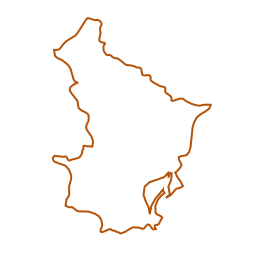 an SVG outline of Fier, rotated 185°
{"feature_id": "ALB-1495", "entity_name": "Fier", "entity_type": "County", "adm_level": 1, "iso_a3": "ALB", "parent_name": "Albania", "parent_adm1": "", "projection": "robinson", "projection_center": [19.627, 40.746], "detail": "fine", "context": "isolated", "style": "outline", "palette": "amber", "viewbox_px": 256, "rotation_deg": 185, "n_neighbors": 0, "source": "natural_earth", "source_scale": "10m", "svg_char_len": 3424}
<svg xmlns="http://www.w3.org/2000/svg" viewBox="0 0 256 256"><g transform="rotate(185 128 128)"><path d="M47.6,158.4L47.5,158.2L48.9,154.3L52.5,151.1L56.8,148.1L60.2,144.8L62.6,139.7L63.7,134.3L64.0,114.8L64.9,109.6L67.3,106.0L72.2,104.7L75.0,103.5L74.3,100.7L72.3,97.6L71.4,95.6L72.6,93.0L74.5,90.3L76.3,88.4L77.0,87.8L74.9,84.0L70.9,79.2L68.2,74.9L70.5,73.1L74.6,71.7L79.8,64.7L84.2,61.7L80.5,65.6L82.7,73.2L80.5,79.8L80.5,86.7L82.5,86.7L83.4,82.0L83.3,83.0L83.7,84.1L84.2,86.7L87.7,82.2L101.8,75.9L106.3,70.9L106.7,62.8L103.9,56.4L100.4,50.5L98.8,44.1L97.9,52.5L94.6,60.0L87.7,69.8L87.5,68.4L86.0,66.4L88.9,63.7L92.0,59.1L93.9,53.1L93.3,46.3L92.0,44.7L87.7,43.1L86.1,41.9L89.0,35.0L89.6,34.5L90.4,33.9L91.2,34.0L92.6,33.4L92.8,32.4L92.5,31.4L91.4,29.7L91.6,29.6L92.2,29.5L93.6,29.2L94.5,29.4L95.5,30.2L97.7,33.0L99.3,33.7L100.4,33.2L101.4,32.0L102.9,29.8L104.1,29.0L105.5,28.8L106.6,29.3L107.7,29.6L111.9,29.7L114.5,29.4L116.7,28.2L121.3,24.7L124.0,23.2L126.0,22.3L126.9,22.5L128.9,23.4L130.9,23.7L131.2,23.9L131.5,24.2L131.9,24.5L134.5,24.5L135.3,24.9L135.8,25.4L137.2,25.7L138.6,25.1L143.3,22.6L144.7,22.0L145.4,22.0L145.9,22.2L146.3,22.6L146.4,23.4L146.4,24.1L145.7,26.5L145.2,28.5L145.4,29.8L145.9,31.9L147.1,34.8L149.3,37.5L153.2,39.6L159.7,41.3L169.3,40.7L172.0,41.2L174.8,43.2L176.7,44.2L178.7,44.1L179.8,43.8L183.4,45.1L183.1,51.4L181.0,55.3L180.8,56.4L181.5,64.2L181.4,65.8L180.3,71.6L180.2,73.3L180.4,75.2L181.1,77.2L183.5,81.7L185.8,83.9L187.4,85.1L198.2,87.9L199.6,89.5L199.9,90.3L200.2,91.6L199.4,93.0L198.8,93.9L190.1,93.6L187.4,94.3L186.1,92.9L184.9,91.1L184.2,90.6L183.6,90.5L180.6,91.9L176.6,93.2L174.6,94.1L173.4,94.9L172.7,96.5L171.5,98.7L171.4,99.6L171.6,100.5L171.7,101.2L170.8,102.8L170.7,103.9L170.9,105.1L170.8,106.2L169.6,106.6L168.3,106.3L162.0,106.4L161.6,109.8L161.7,111.2L162.4,113.7L163.7,116.4L168.8,122.6L169.8,124.9L169.4,128.0L168.1,131.2L168.0,132.3L168.0,133.6L168.2,135.9L168.6,137.5L169.7,138.8L173.2,140.5L175.4,141.2L177.7,142.6L179.0,143.7L180.7,150.5L188.0,158.4L189.4,160.9L188.9,163.8L186.7,165.9L184.6,167.4L182.8,168.3L182.3,168.7L182.6,169.0L183.9,169.2L185.3,170.1L186.6,172.1L190.5,182.2L193.4,185.8L199.9,190.0L203.6,191.2L206.0,192.7L207.0,193.5L208.5,199.3L204.7,199.8L203.4,200.5L202.1,202.0L200.4,204.9L198.7,207.2L196.9,209.2L188.8,215.3L187.0,217.4L179.4,231.9L178.4,233.3L177.8,234.0L174.0,233.4L170.5,232.5L167.8,233.0L165.8,232.4L164.1,231.0L163.5,229.8L163.5,228.4L164.0,227.2L164.4,225.6L164.5,224.0L163.7,220.4L163.5,219.3L163.9,218.3L164.3,215.0L164.3,212.9L163.7,212.0L162.7,211.4L158.7,210.6L158.3,210.2L158.3,209.7L158.6,209.3L159.0,208.9L159.4,207.8L159.5,206.3L159.1,203.3L158.2,201.6L156.5,199.7L155.5,199.0L154.4,198.8L153.7,199.0L153.0,199.3L152.3,199.1L150.9,198.4L149.2,197.2L147.9,196.5L146.8,196.4L145.7,196.5L144.7,196.4L142.9,195.6L135.3,190.6L130.3,190.6L126.8,190.0L124.8,189.0L122.3,189.2L120.9,188.8L120.0,188.1L119.2,185.0L118.6,183.7L118.8,183.1L118.6,182.6L118.1,182.2L116.9,181.8L115.6,181.8L113.6,182.4L111.8,182.4L110.6,182.0L109.9,180.8L109.8,179.9L109.9,178.9L109.8,178.1L109.0,177.1L107.4,176.0L101.0,173.0L98.4,172.3L96.0,172.1L94.6,171.4L94.0,169.8L94.3,168.6L94.1,167.4L93.0,166.2L90.0,164.5L88.3,163.3L87.3,162.1L87.2,161.2L87.3,160.4L87.3,159.5L86.7,159.0L85.3,159.1L78.9,161.7L76.2,162.1L72.1,159.6L66.4,157.5L62.6,156.7L58.7,156.4L54.4,157.8L47.7,158.4L47.6,158.4Z" fill="none" stroke="#b45309" stroke-width="2"/></g></svg>